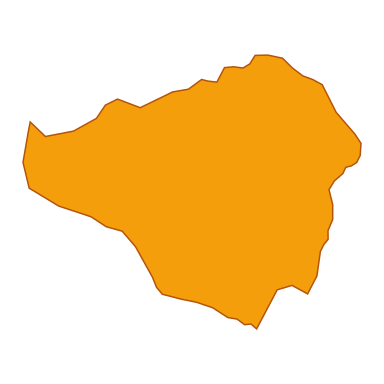 the District of Kibale
{"feature_id": "UGA-3108", "entity_name": "Kibale", "entity_type": "District", "adm_level": 1, "iso_a3": "UGA", "parent_name": "Uganda", "parent_adm1": "", "projection": "equal_earth", "projection_center": [31.133, 0.921], "detail": "fine", "context": "isolated", "style": "filled", "palette": "amber", "viewbox_px": 384, "rotation_deg": 0, "n_neighbors": 0, "source": "natural_earth", "source_scale": "10m", "svg_char_len": 862}
<svg xmlns="http://www.w3.org/2000/svg" viewBox="0 0 384 384"><path d="M332.7,219.4L328.0,230.7L328.1,239.3L323.8,244.6L320.4,251.4L316.9,276.0L307.6,293.9L292.0,285.4L277.2,289.8L256.6,328.9L251.0,324.0L244.7,324.7L237.0,319.1L227.7,317.5L212.6,307.7L196.2,302.2L181.0,299.1L162.4,294.3L156.6,287.4L152.4,277.1L135.5,246.7L122.2,231.2L106.2,226.7L91.1,216.8L58.8,206.1L29.2,188.2L23.0,162.4L28.0,133.4L30.2,122.0L45.4,136.5L73.5,131.1L96.4,118.4L105.4,105.1L117.5,99.1L140.2,107.7L172.7,91.9L188.4,89.2L201.6,79.5L208.0,81.1L216.9,82.1L224.5,67.6L233.6,66.8L243.0,68.0L249.8,63.9L255.1,55.4L267.9,55.1L282.5,58.2L292.3,67.9L302.8,75.9L312.9,79.6L322.2,84.7L336.2,112.4L354.9,134.1L361.0,143.4L360.2,155.5L356.7,162.5L351.3,165.9L345.8,167.3L342.9,173.5L334.3,181.0L329.0,189.7L332.7,204.6L332.7,219.4Z" fill="#f59e0b" stroke="#b45309" stroke-width="1.5"/></svg>